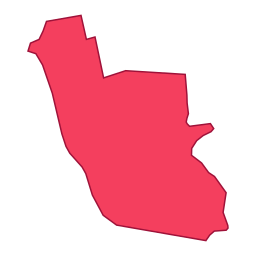 the Municipality of Neretas
{"feature_id": "LVA-5724", "entity_name": "Neretas", "entity_type": "Municipality", "adm_level": 1, "iso_a3": "LVA", "parent_name": "Latvia", "parent_adm1": "", "projection": "mercator", "projection_center": [25.191, 56.328], "detail": "fine", "context": "isolated", "style": "filled", "palette": "rose", "viewbox_px": 256, "rotation_deg": 0, "n_neighbors": 0, "source": "natural_earth", "source_scale": "10m", "svg_char_len": 688}
<svg xmlns="http://www.w3.org/2000/svg" viewBox="0 0 256 256"><path d="M205.9,240.6L116.6,225.1L103.2,215.3L92.4,195.1L85.8,173.6L82.1,167.0L69.8,153.2L66.0,146.4L61.9,133.9L52.3,93.2L42.6,65.0L35.9,53.7L28.0,51.1L30.5,43.1L39.1,39.4L43.1,31.0L46.5,21.4L81.0,15.4L86.4,39.4L95.0,37.0L103.6,77.9L125.6,70.7L185.2,74.4L186.9,95.1L187.1,102.9L188.4,113.7L186.9,118.4L186.2,122.1L187.3,124.0L189.6,126.3L210.4,123.6L213.7,128.6L211.0,131.7L203.2,135.5L196.7,140.6L191.7,148.4L191.5,155.3L201.6,163.0L208.6,172.6L214.5,176.5L226.1,192.7L223.1,212.4L227.8,225.5L228.0,228.1L226.2,230.2L214.3,231.1L209.7,235.1L206.0,240.4L205.9,240.6Z" fill="#f43f5e" stroke="#9f1239" stroke-width="1.5"/></svg>